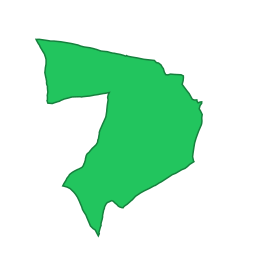 outline of Buah, Grand Kru, Liberia, rotated 261°
{"feature_id": "62588387B84481919127843", "entity_name": "Buah", "entity_type": "district", "adm_level": 2, "iso_a3": "LBR", "parent_name": "Liberia", "parent_adm1": "Grand Kru", "projection": "natural_earth1", "projection_center": [-8.171, 4.859], "detail": "fine", "context": "isolated", "style": "filled", "palette": "green", "viewbox_px": 256, "rotation_deg": 261, "n_neighbors": 0, "source": "geoboundaries", "source_scale": "gbopen_adm2", "svg_char_len": 3124}
<svg xmlns="http://www.w3.org/2000/svg" viewBox="0 0 256 256"><g transform="rotate(261 128 128)"><path d="M199.8,137.9L199.3,137.0L199.8,136.1L200.3,135.3L201.8,132.1L202.7,129.6L202.8,129.2L204.0,126.1L204.3,124.7L205.2,122.5L206.6,119.6L207.5,116.1L208.1,113.9L208.2,113.5L208.9,112.1L210.5,109.2L211.2,107.6L211.8,106.4L213.3,102.7L214.2,99.7L214.8,97.7L215.4,96.1L215.7,95.6L215.8,95.3L216.3,94.1L217.8,91.6L218.6,89.5L218.8,89.0L219.5,87.3L220.4,85.0L221.9,80.5L223.7,75.1L225.5,68.2L226.0,65.0L226.6,63.4L227.3,61.2L229.5,54.1L229.8,51.6L229.9,51.1L229.1,51.3L225.2,52.7L224.2,53.3L221.1,54.2L219.2,55.0L216.4,56.1L214.3,57.0L210.7,57.6L208.4,57.8L205.9,57.4L203.8,57.0L200.2,55.7L199.2,55.5L195.5,54.5L194.7,54.6L194.0,54.6L191.1,54.7L190.3,54.8L186.8,54.9L185.4,54.6L184.1,54.5L181.5,55.0L180.4,54.7L177.5,54.5L176.1,54.5L172.7,53.3L171.5,53.3L168.4,52.8L167.8,52.3L165.1,52.7L164.0,57.1L164.3,58.4L165.0,62.8L165.1,64.3L165.9,66.4L166.2,68.0L166.6,69.4L167.0,74.2L167.2,75.5L167.4,77.7L167.0,81.0L166.8,82.6L166.4,85.6L165.9,87.1L166.0,88.0L165.7,93.8L165.6,94.4L165.7,98.3L165.8,99.7L165.7,103.7L165.8,104.8L165.9,109.3L165.8,110.7L166.0,115.1L164.0,113.7L161.5,112.7L160.0,112.7L159.0,112.8L154.7,111.4L153.7,111.1L148.8,109.8L148.1,109.7L143.1,108.1L142.0,107.6L137.5,104.7L136.4,103.9L131.8,101.0L131.3,100.6L128.3,99.0L126.4,98.7L125.6,98.3L121.9,97.1L121.0,96.4L118.4,95.6L117.6,94.8L116.6,94.1L114.0,90.4L113.7,89.8L111.4,87.1L110.6,86.3L110.2,85.9L108.9,83.7L107.7,82.7L106.8,82.2L104.1,81.1L103.1,80.9L99.9,79.3L99.4,78.8L98.2,78.2L97.3,77.5L96.7,76.8L96.3,76.4L95.1,72.8L94.9,71.7L93.9,68.6L93.0,66.3L91.9,64.2L91.1,62.9L90.1,62.2L87.9,59.8L86.1,58.6L83.1,56.0L81.0,54.5L80.7,55.3L79.2,58.6L77.2,61.4L73.2,64.4L70.8,65.8L67.5,67.3L63.0,68.6L60.8,69.1L57.3,70.0L54.8,70.3L53.7,70.7L52.3,71.2L48.7,72.8L45.6,73.5L41.6,74.5L41.3,74.6L37.1,75.6L34.1,77.8L32.4,79.7L29.0,80.8L26.1,81.8L28.1,83.1L29.5,83.0L30.4,83.4L34.2,85.1L36.1,86.2L37.3,86.2L39.3,87.0L41.9,88.2L44.1,89.0L45.6,89.2L48.5,90.3L51.2,91.3L51.8,91.9L53.7,92.5L56.2,94.3L57.6,95.9L58.1,98.1L58.4,98.9L58.8,100.6L58.1,101.8L57.1,102.6L56.2,103.2L54.1,105.1L52.6,106.0L51.4,107.3L50.3,109.4L50.0,110.7L51.0,111.6L51.7,112.8L52.8,115.2L56.0,120.2L56.3,120.9L59.3,124.6L59.8,125.6L61.4,129.1L61.9,130.1L63.4,134.2L63.8,135.5L65.1,139.9L66.8,144.6L67.0,146.0L69.0,150.5L69.4,151.9L70.3,154.0L73.4,160.9L75.1,164.6L75.8,167.9L77.2,171.5L78.4,174.5L79.2,178.0L80.6,180.6L82.4,183.2L83.7,186.2L84.4,187.8L84.7,187.6L89.5,187.3L93.0,188.3L98.4,190.0L102.9,191.5L107.5,193.7L113.8,197.2L119.8,201.0L121.3,201.6L123.3,202.1L126.4,202.4L128.8,203.1L129.7,203.4L133.7,202.2L135.8,201.3L138.9,202.7L140.8,204.6L142.3,204.9L142.4,203.3L141.9,201.2L143.4,200.4L145.0,200.4L145.2,198.0L146.3,196.0L149.3,194.9L152.4,193.8L155.7,191.9L158.0,190.7L162.6,188.3L166.0,189.8L169.0,190.6L170.8,190.8L172.3,188.7L173.6,182.4L174.6,178.3L174.2,175.8L174.8,173.6L177.5,172.6L181.1,172.2L182.8,171.3L185.2,170.4L187.4,168.3L188.1,166.3L190.6,164.6L193.4,154.3L195.7,148.3L197.7,142.3L199.0,138.8L199.8,137.9Z" fill="#22c55e" stroke="#15803d" stroke-width="1.5"/></g></svg>